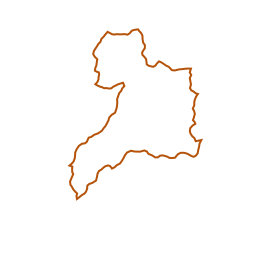 the district of Igaratinga, Minas Gerais, Brazil, rotated 34°
{"feature_id": "56859067B35538622918215", "entity_name": "Igaratinga", "entity_type": "district", "adm_level": 2, "iso_a3": "BRA", "parent_name": "Brazil", "parent_adm1": "Minas Gerais", "projection": "robinson", "projection_center": [-44.723, -19.975], "detail": "fine", "context": "isolated", "style": "outline", "palette": "amber", "viewbox_px": 256, "rotation_deg": 34, "n_neighbors": 0, "source": "geoboundaries", "source_scale": "gbopen_adm2", "svg_char_len": 2572}
<svg xmlns="http://www.w3.org/2000/svg" viewBox="0 0 256 256"><g transform="rotate(34 128 128)"><path d="M125.4,215.4L126.5,212.0L127.4,209.1L128.5,207.0L128.8,204.3L128.1,201.3L126.5,198.5L127.1,196.2L129.2,193.3L130.9,189.5L129.8,186.3L128.3,182.9L128.0,179.7L129.2,177.3L129.8,174.5L130.7,172.2L132.5,170.1L134.5,169.6L137.4,170.6L138.9,167.9L139.4,165.3L141.2,162.0L141.3,158.5L141.1,155.0L140.7,152.3L140.9,148.9L143.2,145.2L146.0,144.1L148.3,142.8L151.3,140.8L154.1,137.5L156.7,136.9L159.4,138.0L163.4,137.2L166.9,137.2L169.2,135.6L170.0,133.1L171.9,131.4L174.2,130.5L176.8,129.8L179.0,129.6L181.3,128.3L183.6,126.3L183.8,123.7L184.2,121.4L185.7,119.0L188.2,117.3L191.6,116.1L194.4,115.9L196.6,115.7L198.6,115.1L199.7,113.1L199.9,110.0L198.4,106.6L197.4,103.8L196.1,101.1L195.5,97.0L193.6,99.0L191.5,101.1L188.8,99.3L185.6,98.8L183.0,97.7L181.0,96.0L179.7,93.3L180.2,89.7L181.5,86.9L179.8,85.7L177.5,85.2L176.7,82.3L175.5,78.9L173.2,76.9L170.9,75.7L170.2,72.0L168.4,69.4L167.6,67.3L166.9,64.0L166.9,60.7L164.6,61.4L162.1,61.1L159.3,61.4L157.0,60.2L156.0,56.9L153.9,54.7L151.3,52.0L150.8,48.7L148.1,47.4L147.0,43.6L144.0,45.5L141.6,47.5L139.4,49.4L137.6,50.8L136.1,52.5L134.5,54.2L132.0,55.5L129.9,55.0L127.7,54.5L124.5,55.0L120.9,54.9L118.6,55.0L116.4,55.5L115.9,58.4L115.8,61.2L114.5,63.3L112.6,64.0L110.3,64.8L108.0,64.8L106.2,62.7L104.4,60.7L101.5,59.8L99.0,59.3L97.5,57.5L97.3,55.0L97.3,52.3L95.6,49.8L93.1,48.9L90.5,46.4L88.3,43.3L85.5,41.8L83.4,41.5L81.2,40.6L78.3,43.2L76.7,45.3L76.5,48.4L75.4,50.9L72.6,52.1L70.1,54.1L68.1,55.4L66.3,56.4L64.5,58.1L62.6,59.1L60.1,59.4L57.3,59.7L56.9,63.4L56.7,66.3L56.1,69.0L57.0,72.1L56.4,74.9L56.6,77.8L56.6,80.5L56.7,83.3L57.8,86.2L60.5,87.5L64.1,88.2L65.6,91.5L66.8,93.8L67.3,96.4L68.5,99.0L70.8,98.8L72.7,98.2L74.2,99.8L75.1,102.2L76.4,104.3L76.9,107.0L76.5,110.0L79.2,109.8L81.6,109.4L83.6,108.7L86.0,108.3L87.7,107.0L90.0,106.0L91.9,104.6L92.7,102.0L94.0,99.8L95.1,97.7L96.6,95.7L98.5,93.3L101.5,95.2L101.1,98.5L101.6,101.2L101.2,104.0L102.1,107.3L102.8,110.1L104.4,112.2L105.8,114.4L107.2,117.3L108.1,120.0L108.7,122.6L107.1,126.3L106.6,129.8L107.5,132.5L108.0,136.1L108.2,139.3L107.9,142.0L107.9,144.8L107.1,147.1L106.1,149.3L103.8,152.5L102.5,156.0L100.8,158.0L101.2,160.3L101.6,162.6L100.8,164.9L98.7,166.7L97.3,170.2L97.3,174.4L98.0,177.9L99.2,179.9L100.8,182.9L101.6,186.3L101.3,188.9L100.5,191.9L103.4,191.1L105.1,194.0L106.5,195.8L108.4,196.9L109.1,200.9L109.9,204.8L112.1,207.3L114.3,208.1L117.0,209.5L119.9,210.3L122.4,210.7L123.4,213.3L125.4,215.4Z" fill="none" stroke="#b45309" stroke-width="2"/></g></svg>